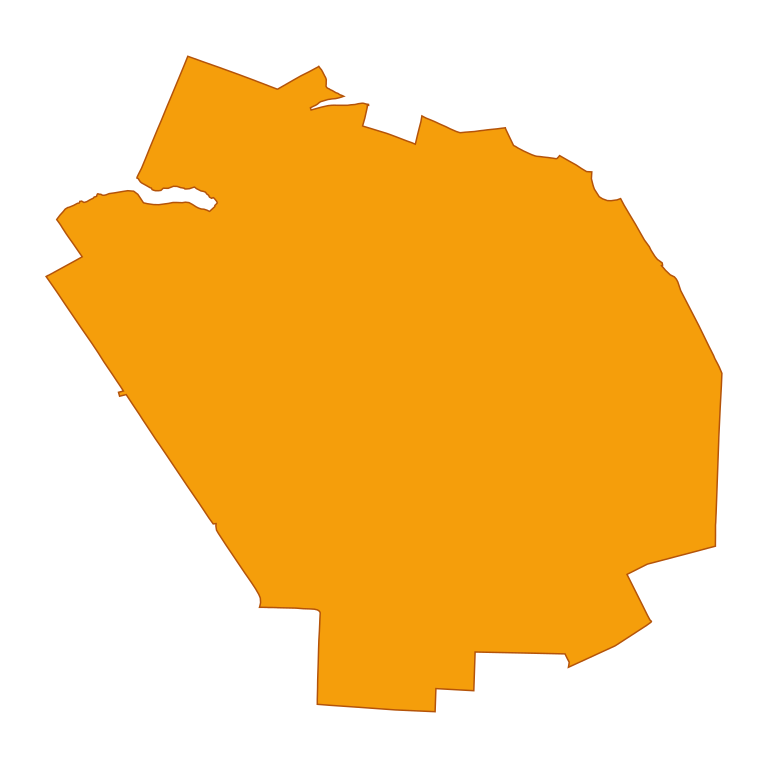 Gradistea, Ilfov, Romania
{"feature_id": "2599482B24694336767373", "entity_name": "Gradistea", "entity_type": "district", "adm_level": 2, "iso_a3": "ROU", "parent_name": "Romania", "parent_adm1": "Ilfov", "projection": "equal_earth", "projection_center": [26.312, 44.651], "detail": "fine", "context": "isolated", "style": "filled", "palette": "amber", "viewbox_px": 768, "rotation_deg": 0, "n_neighbors": 0, "source": "geoboundaries", "source_scale": "gbopen_adm2", "svg_char_len": 5780}
<svg xmlns="http://www.w3.org/2000/svg" viewBox="0 0 768 768"><path d="M505.3,127.8L503.7,128.0L500.4,128.4L496.6,128.9L495.5,129.0L487.6,129.8L483.1,130.4L481.0,130.6L474.5,131.5L470.5,131.8L465.3,132.2L461.3,132.6L460.2,132.7L459.0,132.4L456.3,131.5L450.1,128.8L446.5,127.0L445.2,126.4L439.5,123.9L437.0,122.7L434.4,121.5L431.1,120.1L426.3,118.2L424.5,117.3L421.9,115.9L420.9,121.7L419.0,129.0L418.1,132.6L417.3,135.8L415.9,141.8L415.3,144.2L411.8,142.7L406.7,140.9L400.7,138.6L396.3,136.9L390.7,134.8L386.8,133.4L377.3,130.5L370.5,128.4L363.5,126.3L362.6,125.9L364.8,118.2L366.8,109.3L367.2,107.4L367.3,105.5L368.6,105.4L368.5,104.4L366.6,104.1L366.4,104.1L363.6,103.3L362.2,103.2L358.4,103.7L355.0,104.5L351.0,104.8L347.5,105.3L337.5,105.3L334.1,105.2L331.5,105.3L328.3,105.6L321.5,107.1L314.0,109.2L311.1,110.0L311.0,109.6L310.8,109.1L310.4,107.8L312.0,107.0L313.3,106.3L315.6,105.3L317.5,104.1L319.1,102.7L320.6,101.7L328.0,99.5L329.6,99.3L332.0,98.9L335.6,98.6L338.7,97.9L341.7,97.0L343.0,96.5L343.7,96.3L342.7,95.8L341.6,95.3L340.5,95.0L339.3,94.4L338.6,93.8L337.7,93.3L337.1,93.1L336.1,92.8L334.4,91.8L332.4,90.6L330.2,89.6L329.0,88.8L327.5,88.2L326.7,87.4L326.0,86.2L326.2,84.0L326.2,81.9L326.3,79.9L325.9,78.3L325.3,77.0L324.8,76.2L323.7,74.0L323.5,73.7L323.0,72.6L322.8,72.2L321.4,69.7L320.6,68.8L319.8,67.8L318.8,66.4L318.7,66.5L317.9,67.0L317.4,67.3L316.0,68.0L311.4,70.5L309.0,71.8L300.8,75.9L294.6,79.4L277.7,89.1L277.1,89.1L268.2,85.7L260.2,82.6L258.8,82.1L254.2,80.3L238.4,74.4L223.2,68.9L220.8,68.0L213.1,65.3L202.6,61.6L198.2,60.0L187.8,56.3L184.3,65.0L179.5,76.6L170.4,98.5L167.1,106.3L161.2,120.7L157.6,129.1L149.9,147.7L147.9,152.7L145.2,159.4L141.5,168.3L138.6,174.0L137.2,176.9L136.9,178.0L138.2,178.6L139.2,180.2L140.4,181.9L141.6,182.9L146.1,185.4L150.3,187.8L151.4,188.1L152.1,189.6L153.8,190.3L155.4,190.7L158.7,190.7L160.9,190.4L163.3,188.2L166.3,188.3L168.2,188.3L173.4,186.3L177.1,186.4L180.9,187.7L182.0,187.8L184.3,188.3L184.6,188.8L185.7,189.0L189.4,188.7L193.5,187.3L194.6,187.1L196.4,188.6L198.4,189.6L200.9,190.9L203.5,191.4L205.5,192.2L206.8,194.0L208.5,195.2L209.5,197.1L210.6,197.7L211.5,198.3L212.4,198.0L212.8,197.7L213.5,197.7L214.8,199.0L216.5,201.1L217.2,202.5L217.1,203.2L216.4,203.9L215.9,204.5L214.9,205.4L214.8,206.6L209.8,211.2L209.3,211.4L207.3,210.3L204.0,209.2L201.3,209.0L198.6,208.1L196.2,206.9L192.5,204.5L189.0,202.6L185.4,202.2L182.2,202.7L177.0,202.5L172.9,202.5L168.6,203.4L161.8,204.3L158.9,204.7L153.7,204.6L150.8,204.2L147.4,203.7L143.8,202.9L143.2,202.4L140.3,198.0L137.8,194.3L133.7,191.2L127.8,190.7L123.1,191.4L114.3,192.9L109.2,193.6L105.9,194.9L104.0,195.3L102.4,195.2L100.9,194.3L99.7,194.3L98.4,193.9L97.5,193.9L96.8,195.3L96.6,196.3L95.3,196.8L94.2,197.0L93.4,198.1L89.4,200.1L86.9,201.6L84.7,202.3L83.8,202.4L82.5,201.6L81.6,201.1L80.7,201.3L79.8,201.4L79.5,202.6L79.0,203.1L77.5,203.3L77.1,203.5L73.6,205.4L69.0,207.3L67.8,207.5L65.2,209.1L63.2,211.6L60.0,215.1L57.0,219.1L56.7,219.6L59.0,222.7L60.8,225.3L62.5,228.1L66.2,233.8L68.7,237.4L73.1,243.6L78.4,251.3L81.8,256.2L82.2,256.8L75.6,260.5L56.6,270.9L51.5,273.7L47.6,275.8L47.2,276.0L47.2,275.9L46.1,276.5L48.2,279.5L56.5,291.4L59.0,295.1L64.6,303.5L81.6,328.5L91.8,343.2L98.2,352.8L103.8,361.7L107.6,367.3L112.9,375.1L116.6,380.7L120.3,386.2L123.4,391.0L118.5,392.3L119.6,396.2L126.2,394.6L133.0,404.9L139.5,414.6L142.6,419.5L148.4,428.2L155.4,438.8L159.7,445.0L162.6,449.3L165.6,453.7L178.7,473.2L186.9,485.4L199.3,503.5L209.0,518.1L213.2,523.9L216.1,523.6L215.9,526.0L216.5,530.1L218.4,533.4L221.6,538.3L225.9,544.9L230.9,552.3L242.2,569.1L244.9,573.1L247.7,577.1L251.7,582.9L255.7,589.0L257.0,591.3L258.8,594.4L260.3,598.0L260.6,602.4L260.4,603.7L259.9,605.9L259.8,606.3L259.5,607.3L261.6,607.3L267.0,607.4L268.1,607.5L272.1,607.5L276.5,607.6L277.6,607.7L278.1,607.7L282.1,607.8L286.6,607.9L295.9,608.1L298.4,608.3L303.3,608.7L309.8,608.9L314.5,609.2L316.1,609.6L317.2,609.8L318.6,610.6L319.5,611.4L320.1,612.4L320.2,613.1L319.9,619.1L319.7,624.1L319.4,631.1L318.9,639.8L318.6,648.4L318.2,663.9L317.7,679.5L317.6,685.6L317.6,686.4L317.6,687.2L317.3,699.4L317.3,704.3L330.0,705.3L357.6,707.2L358.0,707.2L360.5,707.4L395.2,709.9L432.9,711.6L433.4,711.6L435.1,711.7L435.9,688.6L473.8,690.7L475.1,652.0L533.5,653.2L565.0,653.9L567.6,659.2L569.2,662.2L568.8,665.1L568.4,667.3L615.2,645.8L646.9,625.2L651.0,622.2L651.4,621.3L650.0,620.0L647.6,615.6L643.0,606.3L627.0,574.4L647.2,564.2L648.6,563.8L653.3,562.6L658.6,561.2L674.5,557.0L682.9,554.8L690.2,552.9L694.3,551.8L698.5,550.7L707.7,548.2L711.6,547.2L715.4,546.2L715.4,544.3L715.5,535.6L715.5,527.8L715.5,525.2L715.6,523.7L715.7,522.8L715.7,522.6L716.0,515.3L716.1,513.4L717.0,488.6L717.2,482.8L718.7,441.2L718.8,437.3L720.2,407.7L721.4,385.4L721.7,378.1L721.9,373.3L719.3,367.2L717.5,363.6L715.2,359.3L714.7,358.3L713.6,355.6L711.6,351.6L709.1,346.7L701.4,330.9L698.9,325.8L680.7,290.6L677.8,281.9L676.3,279.1L674.4,276.9L670.2,274.8L665.5,270.3L663.0,267.3L661.5,265.7L662.6,265.2L662.2,262.9L659.1,260.6L657.5,259.5L655.0,256.5L653.2,253.7L651.0,250.2L649.3,246.7L646.9,243.4L644.4,240.0L640.0,232.3L635.6,224.5L633.2,220.5L630.8,216.5L629.0,213.5L625.7,207.9L624.2,205.4L620.6,198.6L617.0,199.9L611.1,200.7L607.4,200.6L602.5,198.8L599.2,196.7L594.4,189.2L593.5,186.7L592.9,184.7L591.4,178.7L591.8,171.9L586.6,171.6L581.6,168.6L578.6,166.6L577.4,165.8L576.2,165.0L569.9,161.5L563.6,157.9L559.6,155.6L558.2,157.3L557.7,157.8L557.3,158.3L556.6,158.6L556.0,158.7L553.0,158.2L550.0,157.8L548.0,157.5L545.9,157.3L543.2,157.0L540.4,156.6L536.8,156.3L535.4,156.0L533.7,155.4L532.0,154.8L529.5,153.7L523.4,150.9L517.6,147.8L515.6,146.5L514.1,145.8L513.4,145.2L512.4,143.1L508.3,134.6L506.6,131.0L506.4,130.6L505.3,128.1L505.3,127.9L505.3,127.8Z" fill="#f59e0b" stroke="#b45309" stroke-width="1.5"/></svg>